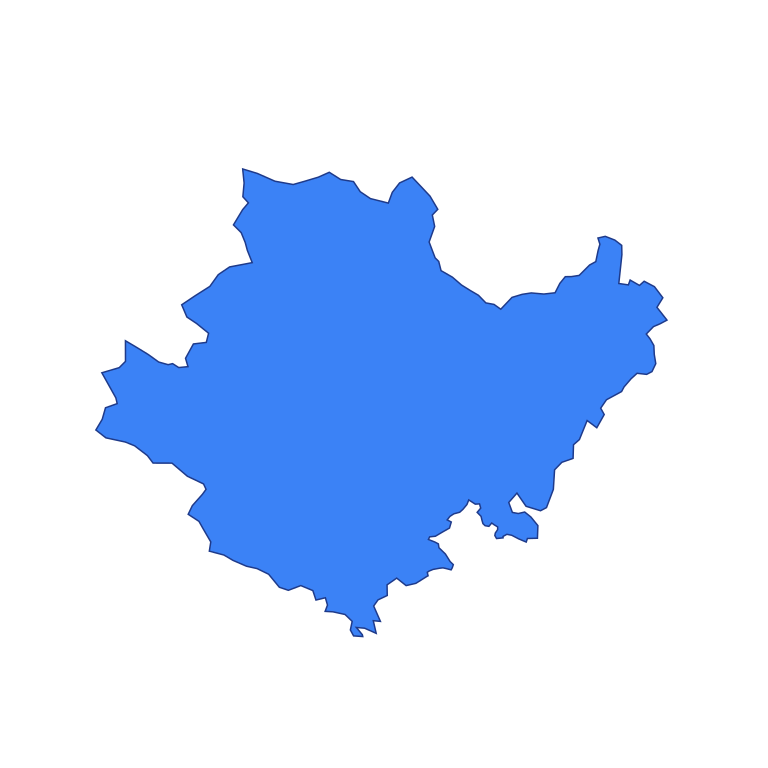 outline of Tera, Paphos, Cyprus, rotated 77°
{"feature_id": "46923920B5326645016931", "entity_name": "Tera", "entity_type": "district", "adm_level": 2, "iso_a3": "CYP", "parent_name": "Cyprus", "parent_adm1": "Paphos", "projection": "robinson", "projection_center": [32.428, 34.979], "detail": "fine", "context": "isolated", "style": "filled", "palette": "blue", "viewbox_px": 768, "rotation_deg": 77, "n_neighbors": 0, "source": "geoboundaries", "source_scale": "gbopen_adm2", "svg_char_len": 2939}
<svg xmlns="http://www.w3.org/2000/svg" viewBox="0 0 768 768"><g transform="rotate(77 384 384)"><path d="M580.8,384.2L577.2,384.2L576.4,382.1L575.7,377.9L576.0,371.3L576.4,367.9L578.1,364.4L580.2,360.4L578.4,358.8L575.6,357.1L571.9,359.5L563.5,362.4L555.9,367.3L552.0,367.0L549.4,370.0L545.5,375.7L543.2,373.9L543.9,368.2L541.4,360.3L539.1,352.6L533.6,349.5L530.6,353.0L527.8,349.5L526.2,345.1L526.0,339.1L523.9,335.3L520.1,330.3L516.0,327.5L521.6,322.1L522.3,317.9L526.7,317.7L530.0,322.1L534.8,319.2L538.7,319.2L542.3,319.0L544.8,317.4L546.3,313.8L543.7,310.3L545.9,308.4L548.8,305.4L551.4,306.0L554.3,309.1L556.6,310.1L559.9,309.1L560.7,302.6L559.3,302.3L558.1,298.1L560.1,293.6L565.3,287.5L570.0,281.0L566.8,279.0L568.8,269.2L556.6,265.9L546.6,270.8L540.4,275.7L540.4,282.3L538.0,287.8L527.5,289.1L520.2,279.0L535.1,273.1L542.7,260.0L541.0,253.5L524.8,242.7L506.0,237.1L500.3,228.3L499.0,216.5L485.8,213.0L483.2,208.1L482.1,206.1L465.3,194.3L474.5,186.5L463.3,176.3L456.3,178.3L449.4,170.8L444.8,154.2L440.8,150.7L434.5,142.1L430.5,135.0L433.7,125.9L432.2,120.1L425.3,114.6L416.0,114.0L407.2,112.4L399.9,114.6L394.3,117.2L388.7,108.5L387.4,101.3L385.4,93.9L370.7,100.8L362.7,92.9L350.0,98.6L342.4,107.4L345.4,112.9L338.1,120.8L342.4,123.6L338.9,132.6L311.5,123.1L302.4,121.2L295.7,126.7L289.9,135.2L289.9,142.7L296.4,142.2L302.0,145.3L312.4,150.1L314.3,156.9L322.1,169.4L321.5,177.3L320.2,183.2L325.5,190.0L333.6,196.8L332.3,208.0L328.4,220.0L327.7,229.2L328.4,239.8L337.4,253.4L331.2,258.9L327.9,266.5L318.8,272.0L312.4,278.8L305.0,286.2L295.3,293.3L286.4,302.9L276.9,303.1L272.6,305.8L255.8,308.1L241.9,299.2L230.2,298.9L225.9,292.3L211.3,296.9L188.7,310.1L191.6,323.6L199.1,332.8L208.7,339.1L200.3,355.5L191.3,363.9L179.9,368.2L175.0,380.2L165.4,389.7L167.7,401.5L168.6,415.6L169.2,427.6L161.9,444.6L150.3,460.1L142.7,473.3L144.8,473.6L156.7,475.1L169.8,479.4L177.0,475.4L182.3,482.5L195.1,494.9L204.4,489.1L214.8,487.4L223.0,487.1L236.1,485.1L235.2,508.1L240.1,520.8L249.7,531.7L255.5,548.1L261.3,563.3L274.4,561.0L282.9,553.0L295.1,543.5L303.5,547.8L302.1,560.7L314.3,571.6L323.0,571.1L321.8,580.3L316.6,585.4L316.6,590.0L311.9,598.6L302.3,607.0L291.3,618.2L283.7,626.2L303.8,630.8L308.5,638.3L309.6,656.4L337.2,648.4L343.1,648.4L344.5,660.7L355.0,666.5L364.0,675.1L373.9,667.1L382.3,649.2L388.1,640.9L400.6,630.6L409.1,626.8L413.4,608.4L429.7,596.3L440.8,582.3L446.6,581.1L450.6,585.7L459.4,598.1L466.9,604.1L476.2,595.2L485.0,592.6L498.9,588.3L507.6,591.8L514.6,578.5L521.9,570.8L530.6,559.0L535.3,549.2L543.4,539.2L558.5,531.7L563.5,523.6L561.7,510.4L569.3,499.8L579.2,498.9L579.1,489.2L586.7,488.8L592.3,492.5L594.5,485.0L599.8,473.8L608.1,468.4L616.1,472.1L622.6,470.3L625.3,461.5L623.4,461.5L615.0,465.7L617.6,457.8L625.2,447.7L612.2,447.7L614.5,440.9L598.0,444.0L593.0,438.4L590.8,428.4L580.4,426.2L576.0,415.3L585.4,407.8L585.4,397.8L581.0,385.1L580.8,384.2Z" fill="#3b82f6" stroke="#1e3a8a" stroke-width="1.5"/></g></svg>